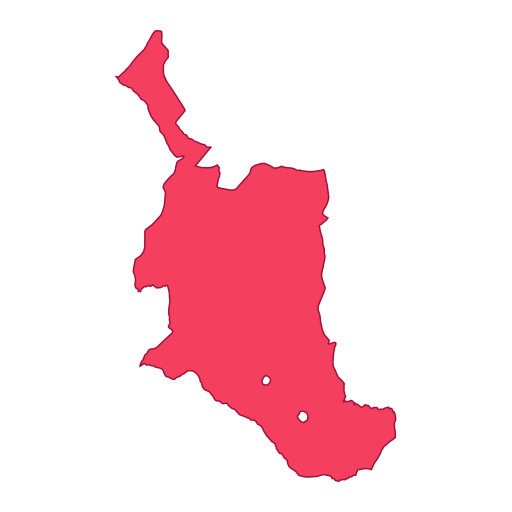 Kole, Kasaï-Oriental, Democratic Republic of the Congo (Natural Earth projection)
{"feature_id": "63176286B77592742780307", "entity_name": "Kole", "entity_type": "district", "adm_level": 2, "iso_a3": "COD", "parent_name": "Democratic Republic of the Congo", "parent_adm1": "Kasaï-Oriental", "projection": "natural_earth1", "projection_center": [22.534, -3.425], "detail": "fine", "context": "isolated", "style": "filled", "palette": "rose", "viewbox_px": 512, "rotation_deg": 0, "n_neighbors": 0, "source": "geoboundaries", "source_scale": "gbopen_adm2", "svg_char_len": 6089}
<svg xmlns="http://www.w3.org/2000/svg" viewBox="0 0 512 512"><path d="M140.1,366.3L143.7,363.7L144.7,363.6L146.4,365.0L149.2,364.8L150.7,365.5L154.0,366.0L155.6,367.2L159.7,368.0L161.6,368.8L162.7,369.8L164.9,374.8L165.9,376.2L166.5,376.6L169.0,377.1L169.8,377.8L172.7,379.2L173.8,379.4L174.6,379.2L176.5,377.5L178.0,377.1L179.2,376.3L180.5,376.0L181.9,374.5L184.1,373.7L187.0,371.2L188.4,370.6L192.8,370.9L194.3,371.8L196.2,373.2L198.4,375.8L199.7,378.6L200.3,381.4L201.5,383.0L202.7,387.5L204.4,389.5L208.7,391.4L210.1,392.5L211.7,394.9L212.7,395.7L214.6,399.2L215.4,400.3L216.7,400.8L219.4,401.0L222.0,403.2L223.1,403.7L226.5,403.2L227.3,403.7L228.5,405.5L230.8,407.5L232.8,408.8L234.5,409.1L239.5,414.6L246.4,417.2L247.2,417.9L248.6,417.9L250.9,420.0L254.2,420.2L255.9,421.3L257.7,424.2L260.3,425.3L262.2,427.6L264.0,431.4L267.3,436.7L268.2,436.8L269.4,439.0L270.3,439.5L271.3,441.1L274.8,443.5L275.2,444.0L275.5,445.8L276.3,446.8L276.4,448.6L279.4,453.2L281.3,453.6L282.0,454.1L284.6,458.4L286.0,458.9L286.8,459.8L287.3,461.0L287.7,463.5L288.9,466.2L289.8,467.4L296.1,471.7L296.6,472.7L297.6,473.6L298.6,475.3L304.7,476.9L308.6,477.0L317.1,476.4L318.5,476.0L320.6,475.2L323.3,474.6L328.9,475.5L331.6,476.8L332.1,478.6L333.5,478.5L334.0,478.7L335.5,480.6L337.2,480.8L338.2,481.3L338.6,481.3L340.8,480.0L342.8,479.6L345.2,479.7L345.8,478.9L346.7,478.9L347.3,478.3L348.1,478.4L349.2,477.0L351.5,476.8L353.1,475.5L354.5,475.0L355.7,475.3L356.2,473.5L357.6,469.9L363.4,468.8L364.9,468.7L368.2,468.6L371.3,469.6L373.2,465.7L374.2,463.3L377.9,458.0L380.3,453.4L381.5,450.5L383.8,446.7L386.5,444.6L388.8,442.2L393.7,438.9L395.4,437.4L395.3,432.2L394.5,427.4L394.4,423.2L395.7,419.6L395.3,415.5L394.2,412.1L393.6,412.4L393.0,411.9L392.4,409.4L391.2,408.4L389.3,408.7L388.8,407.3L388.1,407.2L385.0,408.1L382.9,409.3L380.8,409.2L379.6,409.5L378.9,409.4L377.6,408.7L377.0,407.6L373.8,407.5L372.1,408.3L371.5,408.4L370.3,407.8L368.5,405.7L367.7,405.3L366.4,405.6L365.8,404.9L365.0,404.9L362.3,407.0L361.0,407.2L357.3,404.1L356.1,404.0L354.5,404.8L354.1,404.3L354.9,403.2L351.6,400.5L350.7,400.6L348.2,401.6L346.2,401.4L345.2,401.0L344.7,401.2L343.9,402.1L343.3,401.1L343.8,400.9L345.6,396.6L345.6,395.9L344.4,394.2L344.7,393.1L344.3,392.3L343.8,389.8L344.1,388.3L343.9,386.5L344.2,384.7L344.0,383.1L342.3,381.1L337.9,376.8L335.0,369.9L333.2,366.3L332.9,362.2L333.5,353.9L334.7,347.4L335.8,344.6L335.9,343.2L335.2,342.4L333.4,342.6L329.9,343.9L328.8,343.9L328.3,343.5L328.9,342.2L329.2,340.3L324.7,335.2L323.4,332.5L322.2,329.3L320.6,321.7L320.0,316.0L318.1,309.7L318.1,307.2L318.5,305.3L323.3,293.6L324.9,289.3L325.2,287.8L324.4,285.7L322.2,279.2L321.5,275.4L321.9,272.1L322.5,269.2L323.1,267.5L323.5,264.2L324.4,260.8L324.9,257.8L324.9,255.7L324.3,253.4L324.3,249.0L322.9,244.8L322.6,240.3L322.1,237.3L321.0,234.0L320.2,230.8L319.2,225.5L321.8,223.9L325.2,220.9L326.1,220.4L327.9,218.0L324.2,215.7L322.6,214.0L322.7,212.2L324.0,209.3L326.0,205.9L327.2,203.3L327.9,201.1L328.6,198.4L328.7,196.8L327.2,185.2L326.3,181.4L324.5,171.3L323.5,169.6L320.9,170.4L314.6,171.4L310.0,171.7L302.3,170.9L300.0,170.2L298.1,170.4L296.6,170.2L295.2,169.3L292.4,168.2L285.7,167.5L282.9,166.9L281.6,166.2L279.3,167.3L276.1,168.1L273.7,168.0L271.5,166.5L268.2,164.9L264.4,163.4L261.9,163.4L255.4,165.3L252.4,167.1L251.2,168.4L249.9,173.2L247.9,175.8L240.2,184.3L237.2,187.9L235.3,189.6L232.5,190.1L230.6,190.1L221.2,188.4L218.1,187.5L216.9,186.5L218.5,178.7L219.5,176.1L219.9,173.0L218.9,170.6L218.8,169.5L219.4,167.8L218.5,166.8L217.2,165.0L214.6,166.4L211.2,167.5L207.4,167.8L201.0,167.5L196.4,166.3L195.4,165.9L211.3,146.7L209.9,147.3L206.5,146.9L204.5,144.6L202.2,144.3L197.0,142.0L193.8,140.9L192.6,139.6L191.3,138.9L189.0,138.6L188.2,138.0L186.8,135.5L186.2,135.0L184.1,134.3L182.0,131.4L179.8,129.3L178.3,126.4L176.8,125.3L175.8,123.8L175.9,121.8L185.0,110.7L184.6,109.1L173.7,91.9L166.6,81.4L163.9,75.4L163.4,72.1L163.4,64.9L165.4,60.7L168.3,57.3L168.1,50.3L163.8,45.6L161.8,43.1L161.6,41.7L161.9,35.0L161.7,32.0L160.9,31.1L158.4,30.8L156.1,30.7L155.2,31.1L153.8,32.6L152.9,33.7L149.6,39.6L149.0,40.8L147.5,43.1L146.5,45.7L144.2,49.4L137.1,56.5L132.8,61.6L129.8,65.9L128.3,67.5L127.0,68.6L124.2,71.9L122.1,73.6L118.5,77.1L116.3,76.7L118.7,79.7L119.8,82.4L123.2,84.8L127.1,86.1L128.0,87.1L128.8,87.5L131.5,87.9L132.7,90.0L134.6,91.9L136.6,93.2L139.3,96.3L141.1,99.1L144.6,101.0L148.1,105.6L147.9,107.8L149.3,112.1L151.3,116.7L154.3,120.9L155.2,121.5L156.5,123.4L158.6,125.5L159.2,126.5L159.8,130.5L160.3,131.7L163.3,134.6L164.5,136.8L167.0,143.3L168.8,146.2L170.3,150.1L171.8,151.7L174.5,155.4L177.0,157.1L181.3,156.6L182.9,155.8L183.9,156.6L183.5,157.0L182.8,158.4L178.2,161.0L177.0,162.2L176.1,165.6L175.0,171.1L174.0,173.2L173.3,174.2L171.4,175.7L167.7,179.5L164.3,183.7L163.4,186.0L163.1,187.5L165.0,191.1L165.4,192.7L165.3,195.3L164.3,205.7L162.1,212.8L160.6,215.5L155.2,221.6L151.7,225.1L146.7,228.7L145.3,230.2L144.9,231.4L144.8,247.2L143.7,251.3L141.6,254.6L140.4,256.0L135.4,259.4L133.5,268.8L133.3,271.9L134.9,275.5L135.5,279.5L135.4,281.9L134.9,284.9L135.1,286.1L136.0,288.1L138.2,289.5L138.4,291.5L139.2,291.3L140.6,291.5L141.0,289.5L143.7,287.2L145.0,286.5L146.3,286.7L148.1,285.6L150.6,286.3L152.8,285.0L155.9,287.3L156.3,287.9L160.5,287.6L164.2,285.7L165.4,286.1L166.0,285.4L166.8,285.2L167.9,286.7L169.2,292.1L169.4,294.0L169.8,302.1L168.9,308.2L168.6,313.2L169.6,317.4L169.4,319.8L170.2,323.5L168.6,325.6L168.5,327.0L169.6,328.2L170.6,328.7L172.6,330.5L172.6,332.0L172.1,333.1L163.1,341.3L157.4,346.9L155.7,348.1L153.8,348.7L152.1,349.1L150.6,349.0L149.1,349.8L147.7,351.8L147.2,353.2L144.8,355.2L143.4,359.2L141.5,361.7L140.1,365.2L140.1,366.3ZM298.8,414.5L299.8,412.0L301.5,411.2L303.3,411.2L305.5,412.2L306.9,413.3L307.6,414.5L308.0,416.5L307.8,418.1L307.3,419.9L305.7,421.3L303.8,422.4L301.0,421.8L298.2,418.7L297.4,416.1L298.8,414.5ZM264.2,384.8L263.0,384.3L262.0,382.2L262.4,379.7L264.2,376.6L265.9,375.6L267.3,376.0L269.1,377.1L270.1,378.4L270.5,380.0L270.3,381.4L269.6,382.7L268.6,384.0L267.3,385.0L265.7,385.0L264.2,384.8Z" fill="#f43f5e" stroke="#9f1239" stroke-width="1.5"/></svg>